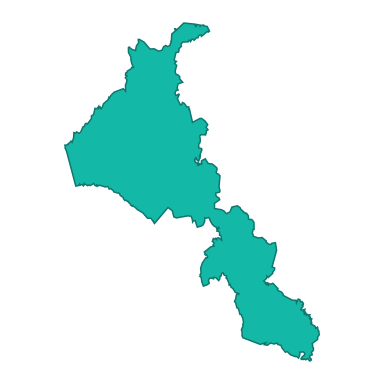 Zapotiltic, Jalisco, Mexico (Equal Earth projection)
{"feature_id": "50627088B15187841007732", "entity_name": "Zapotiltic", "entity_type": "district", "adm_level": 2, "iso_a3": "MEX", "parent_name": "Mexico", "parent_adm1": "Jalisco", "projection": "equal_earth", "projection_center": [-103.32, 19.618], "detail": "fine", "context": "isolated", "style": "filled", "palette": "teal", "viewbox_px": 384, "rotation_deg": 0, "n_neighbors": 0, "source": "geoboundaries", "source_scale": "gbopen_adm2", "svg_char_len": 5981}
<svg xmlns="http://www.w3.org/2000/svg" viewBox="0 0 384 384"><path d="M66.6,151.4L75.8,186.1L78.7,185.5L79.5,184.1L80.0,185.3L81.6,184.4L83.5,185.8L84.1,183.6L84.7,184.7L85.7,184.4L87.7,185.7L88.6,185.1L90.4,185.5L93.7,183.5L94.8,185.3L96.9,186.3L96.9,184.9L98.3,185.8L99.6,185.2L105.3,187.0L107.5,186.5L108.4,187.1L109.2,189.1L111.0,188.8L113.4,190.8L113.8,191.9L119.5,193.5L120.3,195.5L123.3,197.5L123.4,198.7L124.8,200.5L126.1,200.2L127.3,201.4L128.3,201.4L128.6,202.5L130.4,203.8L130.4,204.8L131.7,205.9L132.7,205.5L132.7,206.2L134.5,206.8L137.4,209.6L142.8,212.8L147.5,218.2L150.8,218.2L152.7,220.8L153.4,220.9L153.3,221.8L154.5,223.5L168.0,207.5L172.2,210.6L173.9,216.9L176.4,217.9L187.6,215.9L191.1,216.2L192.4,219.5L192.6,222.0L193.4,220.9L195.1,220.6L197.3,227.2L201.7,225.9L203.2,224.7L204.6,221.8L204.9,217.8L206.3,218.2L208.5,217.5L209.9,219.1L209.8,219.9L212.1,224.1L214.2,226.2L216.2,227.1L216.8,229.1L218.1,228.4L218.5,227.3L219.2,228.1L217.5,229.4L216.9,231.1L218.4,231.2L219.6,232.4L219.5,235.2L221.0,235.8L221.6,240.2L218.7,237.8L216.7,238.3L216.7,239.6L215.4,238.3L214.7,239.1L213.3,238.5L212.3,241.6L213.8,242.2L214.1,243.4L213.0,244.9L214.0,246.0L210.7,246.9L204.3,252.0L205.1,252.9L204.8,254.3L205.5,255.1L206.6,254.8L207.7,257.2L207.0,258.0L205.9,257.7L202.2,263.2L200.6,268.3L201.1,272.8L200.1,274.5L200.4,275.8L199.8,276.2L201.2,277.5L201.8,281.6L203.3,286.1L207.0,284.9L209.3,283.2L208.5,280.6L209.1,278.8L210.8,278.0L213.6,278.8L213.5,277.4L215.8,277.6L218.7,280.6L219.8,278.9L220.0,276.4L221.1,276.0L221.7,273.4L223.0,272.7L224.2,275.2L226.5,276.0L226.6,277.2L226.0,278.0L227.1,279.0L228.8,282.8L229.2,285.2L230.2,284.6L231.0,287.2L232.9,288.5L235.2,292.3L239.0,293.7L238.6,294.4L236.9,294.0L236.0,296.0L236.0,297.9L234.5,301.6L235.7,302.8L236.8,307.7L238.5,308.8L239.9,314.3L241.2,314.6L242.9,318.6L243.5,322.8L242.7,324.5L243.1,325.8L241.4,329.7L242.1,332.4L242.0,335.8L243.0,337.8L260.3,344.4L265.8,342.7L264.3,344.7L267.5,345.2L270.4,343.0L274.2,344.0L277.0,343.1L277.7,344.4L281.0,345.4L282.0,348.0L285.4,352.2L287.3,351.6L290.3,354.7L295.1,356.6L296.6,356.5L298.6,358.1L299.8,354.8L299.8,352.2L303.3,351.9L304.6,353.2L304.6,354.9L302.1,356.9L301.0,358.8L301.3,359.5L302.8,359.0L303.5,359.5L304.1,358.9L305.7,359.8L307.7,358.5L309.7,361.0L311.0,360.4L311.3,359.1L310.0,358.0L309.7,355.7L312.3,354.8L311.4,352.3L313.3,350.5L313.5,348.1L312.4,346.7L312.8,346.0L312.2,343.5L317.6,339.4L317.7,336.9L319.2,334.9L318.8,331.0L318.2,330.7L317.5,327.1L315.7,328.3L314.9,326.1L310.9,324.0L311.8,323.0L311.0,322.4L311.5,321.4L310.2,319.4L311.3,319.9L311.8,318.9L310.8,318.6L310.5,317.6L310.0,318.0L310.0,316.9L309.1,316.4L309.9,314.8L307.7,314.9L307.2,314.3L306.5,315.2L305.6,312.5L304.6,314.4L304.2,314.1L304.2,312.2L303.6,311.6L304.2,311.4L304.9,309.3L301.5,310.3L300.7,309.6L303.0,306.4L302.3,305.0L303.3,304.7L303.4,303.4L302.0,301.5L300.5,301.7L299.8,299.5L298.2,299.1L296.5,302.9L296.1,300.3L292.4,300.2L283.2,295.4L283.0,293.7L281.2,291.9L277.4,290.2L277.3,289.3L278.0,288.6L272.9,283.3L270.4,284.2L268.3,283.4L268.3,285.1L267.1,284.2L266.5,284.7L266.1,284.0L267.0,282.9L265.3,283.1L265.5,282.3L263.7,281.1L266.6,278.3L266.9,276.0L268.3,277.4L272.7,273.4L272.8,272.1L274.6,269.6L274.6,267.9L272.1,266.9L276.6,250.3L275.4,242.7L272.1,243.2L270.7,244.4L268.9,244.3L266.1,242.1L266.3,241.0L262.0,237.5L258.4,238.0L253.6,236.4L252.3,232.6L253.2,229.5L254.1,229.4L254.0,222.6L253.5,221.5L251.7,219.5L248.5,219.3L248.4,215.9L246.6,213.3L245.8,213.6L244.8,212.5L243.6,212.4L243.4,211.5L240.9,209.5L240.2,207.8L237.4,205.8L232.0,207.0L229.9,212.0L226.3,213.7L224.0,211.0L221.3,209.7L214.5,208.5L214.5,203.3L219.7,199.7L219.0,198.0L216.5,196.6L215.6,194.0L215.7,193.1L219.5,192.2L220.0,190.8L219.0,186.9L220.0,175.8L218.6,174.2L216.5,173.3L216.2,172.3L217.1,169.1L216.7,167.7L212.3,164.0L208.1,163.4L205.3,158.8L201.6,160.7L201.3,162.3L201.9,163.6L201.3,164.4L200.1,163.8L198.9,165.2L198.0,165.3L199.3,163.7L197.9,162.6L197.4,163.7L195.1,161.9L195.4,161.3L194.6,160.4L194.7,159.2L195.9,157.8L196.7,158.8L196.4,159.4L198.6,161.1L200.0,158.0L200.3,155.8L199.5,156.1L201.9,149.9L201.5,148.6L198.7,147.8L198.8,144.0L199.9,142.8L200.4,140.2L199.7,135.9L201.2,134.7L205.5,134.9L205.3,134.1L206.1,133.6L206.4,130.9L208.0,129.8L206.1,127.3L207.7,124.6L204.9,120.9L201.5,118.4L200.0,118.4L192.5,122.4L189.5,109.2L188.9,109.4L188.8,106.9L186.9,107.0L184.3,103.4L182.4,102.5L181.8,104.4L180.6,105.0L178.7,101.6L177.4,98.7L179.2,94.7L178.8,94.1L176.0,95.6L175.1,93.5L175.2,92.1L176.4,90.4L178.1,90.1L177.1,88.0L178.1,83.9L182.7,82.3L179.5,78.6L179.8,76.8L178.1,75.0L176.1,74.3L175.3,72.4L175.3,70.4L176.7,65.4L174.7,63.5L176.4,61.4L174.6,60.8L174.3,59.6L176.0,52.5L178.6,52.1L179.1,50.0L178.8,48.9L181.4,46.3L181.0,43.9L182.9,42.1L188.2,41.8L189.0,40.2L189.7,40.2L190.5,41.6L192.0,39.2L193.1,39.2L194.1,40.3L196.4,37.9L198.0,37.7L198.4,36.2L199.8,35.0L201.0,35.0L201.4,36.4L207.4,31.4L208.2,32.1L209.5,31.2L207.2,26.5L203.7,25.8L203.7,25.1L201.0,25.3L200.2,26.3L200.0,25.1L195.8,24.3L196.3,26.3L195.8,26.7L194.6,24.1L183.8,23.0L176.6,30.0L175.6,28.7L174.8,28.8L175.4,30.9L171.8,33.9L171.4,40.3L170.8,41.3L171.4,42.2L170.3,43.7L170.0,45.6L167.4,46.5L165.7,45.5L163.6,46.7L162.0,50.2L158.6,51.2L154.3,48.8L149.9,49.0L144.1,42.1L139.4,39.4L138.2,39.4L138.6,42.9L136.4,45.9L135.5,50.5L131.9,49.4L129.1,47.0L128.4,47.7L128.5,52.5L130.9,57.2L130.9,59.9L131.9,64.0L133.5,67.4L131.7,67.4L131.3,68.6L127.3,71.1L126.8,72.8L125.7,73.0L125.5,75.3L127.0,75.9L125.3,77.7L126.8,79.4L126.8,81.6L125.5,84.9L125.6,91.2L123.2,88.7L114.1,92.2L111.1,95.2L109.3,98.1L108.9,97.4L108.2,99.6L103.4,103.9L102.4,107.1L101.0,108.8L100.1,106.9L98.9,108.2L98.7,106.3L97.0,108.7L95.0,108.3L93.6,114.5L91.4,115.9L91.5,118.4L87.5,124.0L86.2,123.3L85.1,124.1L84.5,126.1L82.8,127.1L80.7,132.1L79.0,133.3L76.6,131.9L75.7,133.1L73.9,132.6L73.6,137.8L72.1,142.4L71.0,141.1L69.9,142.6L68.2,143.6L68.1,144.7L64.8,145.2L65.4,146.9L65.0,147.9L66.6,151.4Z" fill="#14b8a6" stroke="#0f766e" stroke-width="1.5"/></svg>